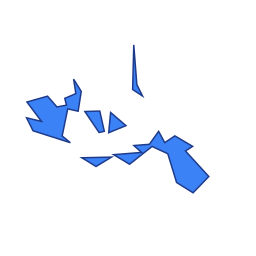 Philippines, Albers equal-area conic projection, rotated 132°
{"feature_id": "PHL", "entity_name": "Philippines", "entity_type": "country or territory", "adm_level": 0, "iso_a3": "PHL", "parent_name": "Asia", "parent_adm1": "", "projection": "albers", "projection_center": [122.681, 12.951], "detail": "coarse", "context": "isolated", "style": "filled", "palette": "blue", "viewbox_px": 256, "rotation_deg": 132, "n_neighbors": 0, "source": "natural_earth", "source_scale": "50m", "svg_char_len": 760}
<svg xmlns="http://www.w3.org/2000/svg" viewBox="0 0 256 256"><g transform="rotate(132 128 128)"><path d="M110.0,35.5L132.6,36.3L136.0,55.4L120.5,81.2L125.6,97.8L153.9,102.6L157.4,120.8L137.1,101.6L137.1,111.9L125.8,101.2L110.0,103.0L114.3,90.9L102.5,87.9L98.4,67.7L106.6,69.9L110.0,35.5ZM177.5,161.0L193.6,196.7L188.3,210.2L181.0,196.7L176.3,220.5L158.2,209.1L159.9,194.9L152.2,189.0L148.3,194.8L137.3,189.8L128.1,201.1L132.1,187.2L148.9,176.3L154.1,185.6L178.0,171.6L177.5,161.0ZM144.6,171.1L134.3,160.3L146.3,143.4L150.7,146.5L144.6,171.1ZM160.7,120.8L178.0,126.0L181.0,142.4L160.7,120.8ZM127.6,131.1L144.4,139.2L128.1,151.3L127.6,131.1ZM62.4,179.3L89.8,150.5L94.5,138.6L96.3,150.3L62.4,179.3Z" fill="#3b82f6" stroke="#1e3a8a" stroke-width="1.5"/></g></svg>